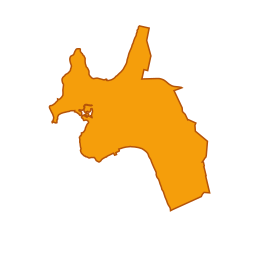 the district of Port Lincoln, South Australia, Australia, rotated 155°
{"feature_id": "25037944B26241388024664", "entity_name": "Port Lincoln", "entity_type": "district", "adm_level": 2, "iso_a3": "AUS", "parent_name": "Australia", "parent_adm1": "South Australia", "projection": "natural_earth1", "projection_center": [135.866, -34.729], "detail": "fine", "context": "isolated", "style": "filled", "palette": "amber", "viewbox_px": 256, "rotation_deg": 155, "n_neighbors": 0, "source": "geoboundaries", "source_scale": "gbopen_adm2", "svg_char_len": 5799}
<svg xmlns="http://www.w3.org/2000/svg" viewBox="0 0 256 256"><g transform="rotate(155 128 128)"><path d="M74.5,215.7L75.2,215.4L75.7,215.2L75.9,215.0L76.7,213.6L76.8,213.5L78.0,213.0L78.4,212.7L79.0,211.3L80.4,210.1L81.4,208.5L84.0,206.5L86.2,204.3L87.3,203.0L89.1,201.5L90.7,199.6L93.9,196.8L95.7,195.1L96.8,193.8L97.7,192.6L98.2,192.1L100.0,190.1L101.2,188.3L102.0,187.4L103.5,186.2L107.6,183.2L108.2,182.9L110.4,181.9L113.3,181.0L115.7,180.1L117.3,179.9L118.4,179.3L119.3,179.0L121.7,178.7L123.4,178.8L125.7,179.3L127.0,179.9L127.2,180.2L127.3,180.4L127.2,180.5L126.7,180.9L126.8,181.3L127.1,181.5L127.6,181.6L128.9,181.6L129.4,181.7L134.6,186.1L135.8,186.6L138.4,187.3L139.0,187.8L139.5,188.4L139.7,188.9L140.1,189.9L140.6,191.6L140.7,193.0L140.3,193.9L139.6,195.4L139.3,196.7L139.4,199.5L140.0,201.2L139.7,202.4L139.5,204.2L138.8,206.4L137.4,209.3L137.5,212.2L138.1,213.5L138.0,214.6L138.4,215.4L138.8,217.2L138.7,217.9L137.9,219.6L137.9,219.8L138.4,220.3L139.7,220.9L140.8,221.3L141.4,221.3L141.7,221.2L142.1,221.0L143.7,219.9L144.9,218.8L145.6,218.1L146.2,217.6L146.9,217.4L149.7,217.2L150.7,216.3L151.6,215.1L152.2,213.4L152.7,211.0L152.8,209.2L153.1,207.9L153.8,207.2L154.1,206.6L155.1,205.7L155.8,204.6L156.6,204.1L159.1,203.1L160.8,202.9L161.1,202.8L161.8,202.9L162.3,202.8L163.0,202.2L164.6,201.8L165.8,201.3L167.0,200.3L167.6,199.2L168.1,197.3L168.2,196.3L168.0,195.2L168.3,194.2L171.0,189.9L172.1,187.2L172.7,186.1L173.2,185.2L173.5,185.0L174.7,184.2L176.3,183.5L178.0,183.0L178.5,183.0L179.5,184.1L180.0,182.8L180.3,182.5L181.9,182.0L183.3,181.4L184.0,181.1L186.9,180.6L187.5,180.6L189.1,181.1L189.7,180.9L190.2,180.5L190.5,179.8L190.6,179.4L190.6,175.1L190.5,173.5L190.4,173.0L190.6,170.7L190.7,169.9L190.9,168.9L191.3,168.2L191.9,167.5L192.2,167.2L192.3,166.7L192.9,166.3L193.2,166.2L193.5,166.2L194.0,166.0L194.4,165.1L194.4,164.7L194.2,164.6L193.8,164.8L193.6,164.9L193.1,164.9L192.9,164.8L192.5,164.4L192.3,164.1L191.7,163.3L191.2,163.3L190.4,162.8L190.2,162.9L190.1,163.0L189.6,164.2L189.2,164.7L188.9,165.5L187.9,165.9L187.5,167.1L187.0,167.9L186.0,168.7L185.4,169.2L183.8,169.4L182.7,169.5L180.5,169.3L175.6,168.3L174.4,167.9L172.7,167.9L170.2,166.8L169.6,166.5L168.9,166.3L169.1,165.9L169.4,165.6L169.6,165.3L169.3,165.0L168.9,164.8L168.4,164.3L167.7,163.4L166.5,161.2L166.5,160.6L166.2,159.8L166.0,159.5L165.7,159.4L164.2,159.6L163.9,160.6L163.6,161.1L163.5,161.8L163.6,162.6L165.0,164.3L165.0,164.7L164.7,165.1L164.2,165.1L162.1,163.4L161.1,163.6L160.4,163.6L159.0,165.1L158.9,165.6L158.9,166.4L157.8,167.0L157.3,167.3L156.8,167.3L155.7,166.9L155.1,166.5L153.5,165.1L153.2,165.0L152.9,165.0L152.1,164.2L151.2,164.1L151.1,163.7L151.9,163.7L152.7,164.1L156.6,166.8L157.2,166.7L157.8,166.5L158.2,166.1L158.4,165.7L158.4,165.2L158.6,164.8L159.7,163.7L160.0,163.5L160.3,163.3L160.5,162.4L160.6,162.0L160.4,160.5L160.1,160.2L159.9,160.1L159.5,160.1L158.8,160.3L157.5,160.2L157.2,159.5L156.8,158.9L155.9,158.8L155.2,159.1L154.5,159.6L153.6,161.1L152.5,160.9L152.4,160.7L152.5,159.9L153.0,158.4L153.5,157.4L154.3,156.8L155.5,155.1L155.8,154.7L156.4,154.9L156.9,155.0L157.1,154.8L155.9,153.0L156.3,152.6L158.1,155.0L158.4,155.2L158.9,155.3L159.0,155.4L159.0,155.6L158.5,155.7L158.3,156.0L158.2,156.5L157.8,157.0L157.8,157.4L158.4,158.4L158.8,158.8L159.1,158.8L161.4,158.4L161.5,158.1L160.9,157.1L160.4,156.9L160.3,156.6L160.2,155.9L159.8,155.8L159.8,155.7L160.4,155.1L160.7,155.2L160.8,155.2L161.1,155.6L162.4,157.7L162.3,158.0L162.5,158.4L165.0,157.9L165.5,157.6L165.7,157.0L165.4,156.2L165.0,155.8L164.9,155.3L165.0,154.7L165.0,153.6L164.8,153.4L162.8,153.0L162.0,152.4L161.5,151.6L161.3,150.9L161.2,150.3L161.3,150.0L161.5,149.6L162.4,149.1L163.4,148.7L163.7,148.5L166.5,146.1L167.7,144.5L169.4,143.4L170.0,143.1L170.8,143.0L171.6,143.1L172.3,143.2L172.4,142.9L172.9,141.8L173.3,141.6L173.6,141.3L173.8,141.2L173.9,140.9L174.0,140.9L174.4,141.1L175.2,140.4L175.9,140.2L176.0,140.1L176.4,138.4L176.4,138.2L177.7,135.6L178.0,134.0L178.5,132.7L179.1,130.7L179.3,129.2L179.7,128.6L180.5,127.9L180.8,126.5L180.8,124.9L180.3,123.3L179.4,121.1L178.5,120.4L178.4,119.8L177.9,119.5L177.2,118.9L176.2,117.5L175.8,117.2L173.8,116.8L172.2,116.0L171.8,115.8L171.2,115.7L170.7,114.4L170.6,112.3L170.5,111.9L170.2,111.5L170.0,111.0L169.3,110.2L168.8,109.5L168.6,109.4L168.1,109.4L166.6,109.7L165.3,110.5L163.5,110.9L160.1,111.1L159.7,110.8L159.2,111.1L158.6,111.3L155.1,111.3L152.2,111.4L151.8,111.3L151.8,111.0L151.7,111.0L151.6,109.0L149.6,108.8L149.4,110.8L148.6,110.8L145.8,110.8L145.6,110.9L145.4,111.3L145.2,112.7L145.2,112.8L143.9,112.6L143.4,112.5L140.8,112.2L138.3,111.7L135.3,110.7L134.6,110.4L133.9,110.4L133.4,109.9L129.9,108.0L127.3,106.2L126.5,105.6L125.4,104.6L123.9,103.2L123.5,102.5L123.3,102.1L122.7,101.2L121.6,99.0L121.2,97.8L120.9,96.7L120.9,95.9L120.9,94.8L121.0,94.7L121.1,93.9L121.1,92.4L120.9,91.9L121.0,91.3L120.9,91.0L120.7,90.1L120.8,89.1L121.0,87.5L121.1,85.2L121.2,81.4L121.2,79.0L121.2,76.1L121.6,74.8L122.2,73.8L122.4,72.5L122.5,71.9L122.5,70.9L122.0,68.7L122.1,66.7L122.5,64.1L122.8,60.0L123.2,58.4L123.1,56.9L122.9,56.1L122.9,55.1L123.2,52.7L123.6,49.5L123.7,46.0L124.0,43.3L124.0,41.4L123.6,38.4L123.6,37.8L123.7,37.1L124.4,35.1L122.1,35.2L90.5,34.9L89.4,35.9L88.1,36.8L86.3,37.5L81.4,34.7L77.9,51.7L77.4,51.7L75.7,60.2L75.8,60.8L74.9,61.4L74.1,65.1L75.1,65.8L72.4,67.3L71.3,68.1L69.9,68.6L68.8,69.8L61.6,82.4L68.3,96.6L66.2,102.2L64.4,103.8L69.8,110.1L70.4,110.1L70.4,116.2L71.7,119.9L70.4,123.4L70.5,142.4L62.1,141.7L62.4,142.2L64.6,143.7L66.7,145.0L67.6,145.5L69.0,146.4L70.4,147.7L71.8,149.6L72.5,150.8L74.0,154.1L74.7,155.4L75.4,156.5L76.2,157.4L77.1,158.3L77.6,158.7L78.8,159.6L80.4,160.4L94.8,166.6L94.3,167.1L88.9,174.2L85.9,171.7L77.1,183.3L76.8,183.5L74.1,199.4L66.6,209.6L74.5,215.7Z" fill="#f59e0b" stroke="#b45309" stroke-width="1.5"/></g></svg>